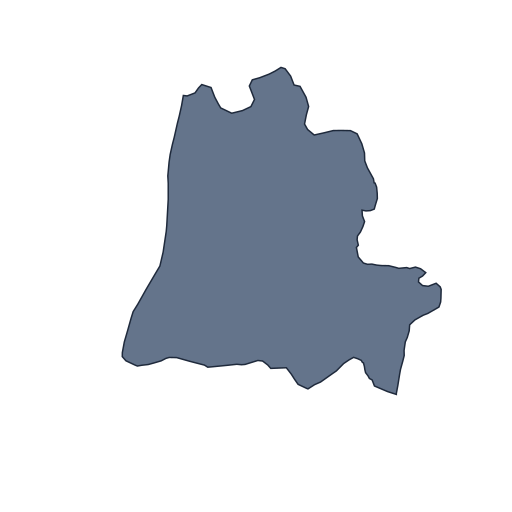 Daquq, At-Ta'mim, Iraq, rotated 69°
{"feature_id": "34846034B46783343918511", "entity_name": "Daquq", "entity_type": "district", "adm_level": 2, "iso_a3": "IRQ", "parent_name": "Iraq", "parent_adm1": "At-Ta'mim", "projection": "natural_earth1", "projection_center": [44.248, 34.995], "detail": "fine", "context": "isolated", "style": "filled", "palette": "slate", "viewbox_px": 512, "rotation_deg": 69, "n_neighbors": 0, "source": "geoboundaries", "source_scale": "gbopen_adm2", "svg_char_len": 2226}
<svg xmlns="http://www.w3.org/2000/svg" viewBox="0 0 512 512"><g transform="rotate(69 256 256)"><path d="M316.2,406.2L317.1,401.6L318.7,395.5L319.3,389.4L319.9,382.2L319.3,376.8L319.6,373.4L322.4,366.5L330.4,355.8L333.2,351.9L339.4,343.2L342.5,340.9L343.7,336.7L347.7,322.2L350.2,312.7L352.3,308.5L353.3,305.1L354.2,291.7L356.4,287.5L361.9,284.1L366.2,282.5L371.2,267.7L378.9,265.4L384.8,264.2L390.9,262.7L397.7,256.2L398.7,255.1L397.1,247.4L396.8,240.9L393.1,226.4L392.1,222.2L387.8,212.7L386.3,206.2L385.6,201.2L388.4,197.8L391.2,195.1L393.4,194.8L394.3,194.0L398.0,194.4L401.1,195.1L404.2,195.5L407.9,194.4L411.0,194.0L413.3,192.0L415.1,192.0L419.8,192.0L429.7,181.8L435.5,174.6L434.7,174.3L427.9,170.1L417.7,164.2L413.6,161.7L406.7,156.6L402.0,153.3L397.2,151.6L389.7,147.4L386.3,144.0L380.8,139.8L375.3,137.2L372.6,130.5L371.2,121.2L371.2,116.2L369.2,103.5L365.1,100.1L361.7,98.5L353.5,95.1L350.8,95.1L346.0,97.6L346.0,106.0L343.3,111.1L338.5,113.6L335.1,111.9L334.4,107.7L332.4,103.5L326.9,106.9L323.5,111.1L322.8,117.0L320.8,119.5L318.7,127.1L316.7,129.7L312.6,135.6L309.9,142.3L307.8,146.5L305.1,150.7L303.7,154.9L301.0,158.3L293.5,160.9L284.0,159.2L282.6,156.6L277.1,155.8L273.7,154.1L271.0,149.9L266.9,145.7L262.8,142.3L256.7,142.3L251.2,140.6L253.3,137.2L254.6,133.0L254.6,128.8L251.2,126.3L245.8,122.1L241.0,120.4L234.9,118.7L230.6,118.7L230.1,119.5L226.0,118.7L213.7,120.4L206.2,120.4L198.7,117.8L189.2,117.0L178.2,117.8L172.8,122.9L169.4,131.3L166.6,138.9L165.3,149.0L163.9,158.3L156.4,162.5L150.2,163.4L142.1,158.3L135.3,153.3L125.7,152.4L113.4,154.1L110.0,159.2L100.5,159.2L91.6,161.7L88.9,165.1L90.2,171.8L90.9,178.6L90.9,188.7L90.2,196.3L94.9,201.3L101.8,201.3L109.3,201.3L114.7,207.2L115.4,216.5L114.0,227.5L105.1,235.9L100.4,236.7L92.9,237.6L82.6,237.6L76.5,245.2L78.5,249.4L81.9,254.5L81.9,262.9L80.1,266.3L88.8,271.5L98.0,277.6L103.9,281.8L115.9,289.8L121.8,294.0L130.4,299.7L137.2,303.5L149.6,309.6L156.7,311.9L171.8,317.7L195.6,328.4L200.9,331.0L218.2,340.8L219.1,341.3L230.9,349.3L236.5,356.4L247.9,370.7L258.7,383.7L259.3,384.5L263.9,390.6L269.2,394.8L279.4,402.4L289.0,409.7L298.3,415.4L302.0,416.9L307.2,415.0L314.4,408.1L316.2,406.2Z" fill="#64748b" stroke="#1e293b" stroke-width="1.5"/></g></svg>